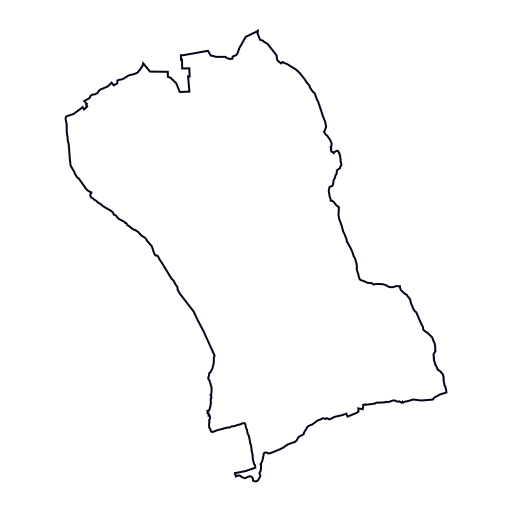 Selimbar, Sibiu, Romania
{"feature_id": "2599482B14672137342466", "entity_name": "Selimbar", "entity_type": "district", "adm_level": 2, "iso_a3": "ROU", "parent_name": "Romania", "parent_adm1": "Sibiu", "projection": "albers", "projection_center": [24.225, 45.735], "detail": "fine", "context": "isolated", "style": "outline", "palette": "ink", "viewbox_px": 512, "rotation_deg": 0, "n_neighbors": 0, "source": "geoboundaries", "source_scale": "gbopen_adm2", "svg_char_len": 5987}
<svg xmlns="http://www.w3.org/2000/svg" viewBox="0 0 512 512"><path d="M432.6,399.6L434.6,397.3L437.7,395.8L439.5,394.6L446.4,392.5L446.1,389.9L445.7,388.7L445.5,387.2L445.3,386.6L444.9,386.2L444.3,384.5L444.3,383.7L443.6,380.5L443.8,379.4L443.4,378.5L443.7,377.2L443.0,375.3L443.1,374.7L441.9,373.1L440.8,372.3L440.8,371.8L440.4,371.3L437.9,369.9L435.6,364.8L435.3,364.7L435.1,364.4L435.1,363.0L434.3,361.6L434.1,360.3L433.9,359.9L434.0,359.2L433.8,358.9L434.1,357.7L433.7,357.1L433.6,354.5L433.7,353.9L435.5,351.1L435.2,350.7L435.2,346.9L434.7,343.5L433.2,340.4L432.6,338.3L432.1,337.7L431.7,336.9L427.3,332.6L425.7,331.8L423.2,329.6L423.1,327.8L422.9,327.0L420.1,321.3L416.6,313.0L415.9,311.9L414.7,311.1L413.3,308.8L410.9,302.9L410.1,299.3L407.6,296.2L406.9,295.0L404.3,293.3L400.9,290.1L399.9,287.4L400.0,286.3L395.9,286.1L393.5,287.1L391.5,287.2L389.1,287.0L385.6,285.0L382.2,284.1L377.3,284.0L373.3,284.4L371.5,283.1L367.4,282.8L364.6,281.4L361.1,280.2L359.9,279.5L359.6,279.1L359.2,277.5L358.8,276.9L358.4,274.6L356.9,269.9L356.7,268.9L356.9,266.1L356.4,263.1L354.9,258.2L353.7,256.3L352.8,253.2L350.9,248.7L347.6,242.6L346.9,241.8L346.5,239.3L344.4,233.8L343.1,231.4L341.9,226.3L339.2,219.0L338.5,215.2L338.9,207.3L336.0,205.0L334.2,202.5L332.7,201.2L332.1,200.8L330.7,200.7L330.7,199.2L329.6,196.5L329.4,194.6L328.8,191.9L328.8,190.6L329.4,187.3L330.0,186.7L331.7,186.2L332.3,185.9L332.6,185.3L333.2,183.7L333.4,181.5L333.7,180.2L335.0,177.6L335.4,175.3L336.6,174.1L336.8,170.7L337.3,170.0L340.0,168.1L340.4,166.5L341.4,165.1L341.0,162.5L340.5,161.4L340.7,159.8L340.3,157.8L340.0,155.2L339.2,153.5L339.2,152.9L337.9,151.0L337.5,150.7L335.7,151.3L334.7,151.9L333.7,153.1L332.9,152.1L331.5,151.7L330.8,150.0L331.1,149.4L330.9,148.2L331.2,148.4L331.2,146.5L331.5,144.9L331.5,143.3L331.2,142.3L329.5,138.8L328.6,137.8L327.5,136.0L325.5,134.4L324.0,131.7L324.9,130.3L326.1,126.7L325.4,122.9L325.0,121.3L323.2,117.0L318.2,101.8L316.9,99.5L314.7,93.3L312.7,91.5L311.6,90.0L310.2,87.9L309.3,85.4L307.2,83.1L304.4,78.9L299.8,73.1L297.4,70.8L295.9,69.5L287.3,64.2L284.4,63.0L282.5,62.0L281.1,63.4L278.1,61.1L277.0,59.3L276.6,55.4L267.9,44.3L266.7,43.3L264.3,42.1L262.8,40.6L260.1,39.8L257.5,33.4L257.5,32.8L257.9,31.5L257.8,30.7L257.0,31.4L245.8,36.8L241.7,43.9L241.4,44.9L240.9,45.3L239.0,48.7L239.0,49.2L237.2,53.9L235.9,55.3L233.0,56.4L232.4,57.3L232.4,58.7L230.1,59.0L227.2,58.2L225.4,56.9L215.9,56.9L213.1,55.9L211.2,55.8L210.0,54.4L208.0,50.8L183.8,55.1L180.9,55.3L181.1,59.9L182.0,59.8L182.2,68.5L189.3,68.3L189.6,76.5L188.1,76.4L189.4,91.6L179.7,92.0L176.3,83.3L170.4,77.7L167.9,76.8L167.8,71.8L150.0,71.6L143.2,63.3L142.8,65.3L142.2,66.4L139.7,70.0L137.6,72.6L134.4,74.0L128.7,75.4L123.5,78.7L121.8,79.4L119.1,79.8L117.4,80.5L117.3,83.3L113.8,85.4L111.6,82.7L108.8,85.5L107.2,86.7L100.2,89.6L99.1,90.6L97.4,93.1L94.7,94.4L92.1,94.7L90.3,96.2L90.0,97.3L89.1,98.4L84.2,101.0L86.8,103.9L86.1,104.6L87.2,106.3L86.0,107.3L86.2,107.6L85.4,108.3L84.0,109.4L82.6,107.0L81.3,108.3L73.3,114.1L66.2,116.4L65.7,117.9L65.6,118.9L66.7,124.6L66.7,130.3L67.1,134.7L67.5,136.5L67.8,140.9L68.5,143.3L68.8,145.1L68.8,146.8L69.2,148.9L69.2,152.4L69.5,153.3L69.7,158.0L70.5,165.0L70.9,166.2L74.2,171.7L74.8,173.6L77.2,177.4L78.6,178.4L79.7,179.8L86.3,189.2L87.9,190.7L88.8,191.0L89.8,191.9L91.4,192.4L91.4,192.9L90.2,194.8L90.2,195.3L90.6,196.6L91.9,198.1L93.0,198.4L94.0,199.5L95.6,200.4L98.3,202.7L101.4,204.6L103.0,206.2L111.3,211.0L113.3,213.0L113.7,214.6L116.2,215.7L117.2,217.3L118.7,218.8L124.7,222.0L124.9,222.6L125.4,223.0L126.2,223.1L126.7,223.8L127.2,225.0L129.1,226.1L130.9,227.7L133.1,229.2L134.2,229.8L135.0,229.9L137.0,231.3L137.7,231.5L141.5,235.6L144.6,237.5L146.0,238.8L147.3,241.2L149.3,243.2L149.6,243.8L151.8,246.2L154.2,253.6L155.5,255.5L156.3,255.3L157.2,255.6L158.0,256.4L159.8,259.8L162.8,264.3L171.3,278.4L174.0,281.2L175.1,283.9L177.1,286.6L177.5,287.5L177.6,289.7L180.1,294.0L193.7,311.6L197.8,320.4L203.7,331.6L214.6,355.7L213.9,357.3L213.7,363.5L212.8,366.7L212.5,368.2L210.4,372.3L209.4,372.9L208.9,375.7L208.3,377.6L208.3,378.7L208.7,379.6L209.2,380.0L210.3,383.2L211.5,387.5L211.6,390.2L211.3,393.7L211.0,394.8L210.7,395.0L211.1,395.3L211.4,398.0L210.8,398.3L210.9,399.3L210.6,400.4L211.1,403.0L210.5,404.1L210.6,405.8L210.1,406.8L209.7,409.0L208.9,410.4L207.6,410.8L208.2,411.8L207.3,412.4L208.1,413.9L208.8,414.1L208.7,415.6L209.5,415.4L210.0,417.0L209.8,419.1L209.1,420.3L209.5,421.9L209.2,422.8L209.1,424.2L209.1,427.4L210.3,428.9L210.7,430.8L211.1,431.6L212.8,432.0L216.7,430.4L226.7,427.7L229.9,427.4L231.7,426.3L233.5,426.3L236.4,425.5L237.1,425.0L240.3,424.4L242.0,423.5L244.0,423.1L244.9,423.3L245.1,423.5L246.2,428.3L247.0,429.9L247.4,432.8L249.0,436.4L250.5,444.3L251.0,445.1L251.7,450.8L252.1,453.0L252.6,454.5L252.6,456.4L253.0,459.9L254.1,464.1L255.0,465.1L255.3,467.7L245.8,471.0L234.9,473.2L235.9,476.4L237.8,475.6L239.3,475.5L240.1,475.7L241.9,477.2L244.6,478.1L245.5,478.1L248.4,476.6L250.5,476.3L252.1,477.2L252.8,478.5L253.1,480.7L254.6,481.3L256.1,481.3L257.6,480.7L259.2,478.5L260.3,475.7L260.2,474.7L259.7,474.0L259.4,473.2L259.6,472.4L260.4,471.6L261.0,468.8L261.1,464.9L260.6,464.2L261.3,463.1L262.4,460.6L263.3,456.3L263.5,455.7L263.8,453.4L264.9,452.7L266.1,452.4L268.3,453.4L269.5,453.4L273.2,452.1L279.7,449.4L283.6,447.4L287.6,444.5L295.0,441.9L296.6,440.5L298.2,437.6L298.9,436.7L303.6,434.3L303.9,432.9L307.6,426.6L310.3,425.1L311.9,424.7L317.8,420.4L321.0,419.3L322.3,418.3L323.9,418.3L325.4,419.0L326.8,418.2L328.7,419.1L329.6,419.3L334.8,416.8L341.9,415.2L346.3,413.7L347.6,416.6L356.5,412.9L358.4,411.7L358.5,411.6L358.3,408.4L362.7,409.2L363.3,405.6L363.1,404.9L365.6,404.4L365.8,404.8L374.2,403.7L375.1,403.5L375.4,403.1L377.1,402.5L378.5,402.7L384.0,402.4L386.7,401.8L387.3,402.1L388.2,402.1L393.3,400.4L395.1,400.6L396.1,401.2L397.7,401.6L399.4,401.4L399.7,401.8L401.4,402.6L402.1,402.5L402.4,401.9L402.9,402.6L405.4,401.4L406.4,401.5L413.4,399.5L420.9,400.5L432.6,399.6Z" fill="none" stroke="#020617" stroke-width="2"/></svg>